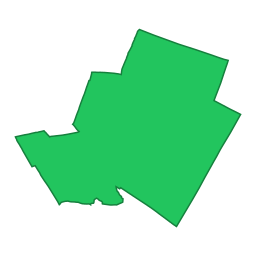 outline of Cosoveni, Dolj, Romania
{"feature_id": "2599482B99392647375272", "entity_name": "Cosoveni", "entity_type": "district", "adm_level": 2, "iso_a3": "ROU", "parent_name": "Romania", "parent_adm1": "Dolj", "projection": "equal_earth", "projection_center": [23.934, 44.254], "detail": "fine", "context": "isolated", "style": "filled", "palette": "green", "viewbox_px": 256, "rotation_deg": 0, "n_neighbors": 0, "source": "geoboundaries", "source_scale": "gbopen_adm2", "svg_char_len": 4874}
<svg xmlns="http://www.w3.org/2000/svg" viewBox="0 0 256 256"><path d="M176.5,226.5L192.4,199.7L199.0,188.2L204.9,177.3L210.9,166.6L213.6,161.7L216.7,156.3L220.1,149.9L221.9,146.8L230.5,132.5L235.6,123.4L240.6,114.4L229.8,109.0L214.0,100.6L215.4,96.8L220.7,83.0L224.0,72.9L226.0,67.0L227.2,63.6L228.2,60.4L227.1,60.1L224.2,59.4L218.2,57.4L212.3,55.3L195.8,49.7L179.0,44.3L153.7,35.1L139.4,29.5L138.9,30.0L138.1,30.8L137.7,31.2L137.6,31.4L137.4,31.9L137.0,33.3L136.5,34.3L136.1,35.4L136.0,35.7L135.9,36.0L135.6,36.5L135.2,37.4L134.9,37.9L134.6,38.3L134.6,38.6L134.5,38.9L134.6,39.4L134.5,39.7L134.2,40.2L133.9,40.7L133.1,42.4L132.3,44.4L132.0,45.4L132.1,45.9L132.0,46.2L131.7,46.5L130.3,49.3L128.6,52.3L128.2,52.9L128.0,53.6L127.9,54.3L127.8,54.9L127.3,55.9L126.9,56.9L126.6,57.7L126.5,58.5L125.5,60.6L124.5,63.0L123.9,64.4L123.4,65.7L122.7,67.3L122.4,68.1L122.0,69.1L121.8,70.3L121.6,71.4L121.3,74.3L121.2,74.6L120.6,74.4L119.7,74.2L118.4,73.9L116.9,73.7L114.2,73.3L109.3,72.9L104.5,72.5L101.2,72.4L100.1,72.3L98.2,72.4L96.2,72.3L95.4,72.2L91.8,72.2L91.7,72.3L91.8,72.5L91.8,73.0L91.7,73.2L91.4,74.5L90.9,76.5L90.4,78.4L89.9,80.4L89.4,80.4L89.2,80.4L88.9,80.7L88.2,82.9L87.5,84.8L87.2,85.7L87.0,86.2L86.7,86.9L86.3,88.2L85.8,89.7L85.7,90.1L84.9,92.4L84.7,93.1L84.6,93.4L84.2,94.4L83.4,96.3L82.2,99.5L81.7,100.9L81.2,102.2L80.6,103.8L80.3,104.7L79.4,107.2L78.7,109.7L77.2,113.4L76.4,115.5L75.1,119.3L74.2,121.7L73.9,122.6L73.8,122.8L73.6,123.1L73.4,123.4L73.2,123.6L73.0,124.0L72.7,124.3L73.3,124.8L74.2,125.8L75.2,127.1L76.1,128.4L76.8,129.3L77.8,130.4L78.7,131.2L79.1,131.5L78.7,131.9L78.0,132.2L76.7,132.5L72.1,133.4L68.0,134.2L62.1,135.2L56.5,135.8L53.2,136.2L50.9,136.4L49.6,136.9L49.3,136.5L48.7,135.8L47.7,134.8L46.5,133.5L45.8,132.6L44.5,131.5L44.0,130.8L41.5,131.4L38.6,132.0L37.6,132.4L35.8,132.4L34.3,132.8L32.3,133.2L30.0,133.8L28.9,134.1L26.7,134.5L24.8,134.8L21.1,135.6L18.9,136.1L16.0,136.7L15.4,136.9L16.0,138.2L16.5,139.1L16.7,139.6L16.8,140.2L16.9,140.4L17.3,141.2L18.1,142.5L18.6,143.3L19.0,143.9L19.7,145.0L20.6,146.7L21.4,147.9L22.1,149.2L23.0,151.0L32.0,166.7L32.6,166.5L33.3,166.2L34.8,165.8L35.2,165.7L38.2,170.6L39.7,172.8L40.3,174.2L40.9,175.4L42.8,178.3L44.5,180.9L46.0,183.0L48.4,186.5L57.7,201.6L59.3,204.7L59.6,204.5L61.2,202.4L62.7,201.9L65.2,201.3L66.8,201.2L68.0,201.1L68.9,201.4L69.3,201.5L70.7,201.8L73.0,201.9L75.4,202.0L75.9,202.2L76.8,202.2L78.2,202.3L78.6,202.4L79.0,202.6L80.3,203.1L81.9,203.6L82.5,203.7L82.9,203.8L83.3,203.8L83.8,203.8L84.3,203.9L84.7,203.9L85.5,203.9L86.2,204.0L86.9,204.0L87.4,204.0L87.9,203.9L88.6,203.9L88.8,203.9L89.1,204.0L89.6,204.1L90.2,204.4L90.6,204.7L90.6,204.4L90.7,204.1L90.8,203.9L90.9,203.6L91.4,203.4L92.0,203.3L92.7,203.3L93.3,203.2L93.5,203.2L93.7,202.9L93.9,202.3L94.0,201.3L94.1,200.3L94.2,200.0L94.4,199.6L95.7,198.7L96.2,198.4L96.7,198.2L96.8,198.3L97.2,198.6L97.7,198.8L98.2,199.2L98.5,199.5L98.8,199.9L99.3,200.3L99.7,200.5L100.8,201.0L101.6,201.3L101.8,201.6L102.4,202.3L102.4,202.7L102.3,203.6L102.4,203.9L106.7,204.5L109.7,204.9L110.7,205.0L111.7,205.0L113.1,204.9L115.1,204.8L116.7,204.9L119.5,203.6L120.8,203.1L122.7,202.2L122.8,201.7L122.8,201.3L122.9,200.2L122.9,199.7L123.0,199.3L123.0,199.0L123.0,198.8L122.9,198.6L122.6,198.5L122.2,198.4L122.1,198.2L121.9,198.0L121.6,197.7L121.4,197.3L121.4,197.0L121.5,196.7L121.4,196.4L121.1,196.2L119.8,195.1L119.5,194.7L119.4,194.6L119.1,194.0L118.6,192.8L118.2,192.1L117.8,191.9L117.5,191.6L117.2,191.2L116.8,190.2L116.4,188.7L116.3,188.2L116.2,187.6L116.1,186.7L119.7,188.8L120.7,187.7L121.5,188.2L122.3,188.8L123.3,189.4L124.3,190.1L124.6,190.2L124.8,190.4L125.2,190.7L125.6,190.9L126.0,191.2L126.2,191.3L126.8,191.7L127.3,192.1L127.9,192.5L128.4,192.8L129.0,193.2L129.3,193.4L129.6,193.6L130.2,194.0L130.7,194.3L131.2,194.6L131.5,194.8L131.8,195.0L132.3,195.4L132.9,195.8L133.4,196.1L134.0,196.5L134.6,196.9L135.1,197.2L135.6,197.6L136.2,197.9L136.7,198.3L137.2,198.6L137.7,198.9L138.2,199.3L138.7,199.6L139.3,200.0L139.9,200.4L140.5,200.8L141.1,201.2L141.6,201.5L142.2,201.9L142.8,202.3L143.4,202.7L144.0,203.1L144.6,203.5L145.2,203.9L145.7,204.2L146.3,204.6L146.9,205.0L147.4,205.4L148.0,205.8L148.5,206.1L149.1,206.5L149.7,206.9L150.2,207.3L150.8,207.6L151.3,208.0L151.9,208.4L152.4,208.8L153.0,209.2L153.5,209.6L154.1,210.0L154.6,210.4L155.2,210.8L155.7,211.2L156.3,211.6L156.8,212.0L157.3,212.4L157.9,212.8L158.4,213.3L159.0,213.7L159.5,214.1L160.0,214.4L160.5,214.8L161.0,215.2L161.5,215.6L162.0,215.9L162.5,216.3L163.1,216.7L163.6,217.1L164.1,217.5L164.6,217.8L165.1,218.2L165.6,218.6L166.1,219.0L166.6,219.3L167.1,219.7L167.5,220.0L168.0,220.4L168.5,220.7L168.9,221.1L169.4,221.4L169.8,221.8L170.3,222.1L170.8,222.4L171.2,222.7L171.6,223.1L172.1,223.4L172.5,223.8L173.0,224.1L173.4,224.4L173.9,224.8L174.4,225.1L174.9,225.4L175.4,225.7L175.8,226.1L176.0,226.2L176.5,226.5Z" fill="#22c55e" stroke="#15803d" stroke-width="1.5"/></svg>